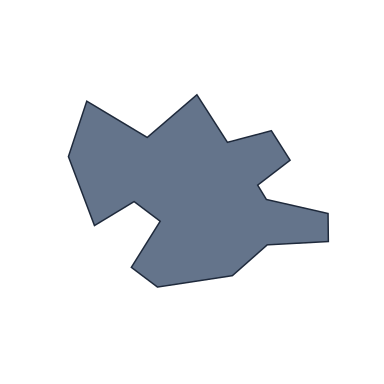 map outline of Bucharest (Natural Earth projection), rotated 307°
{"feature_id": "ROU-128", "entity_name": "Bucharest", "entity_type": "City", "adm_level": 1, "iso_a3": "ROU", "parent_name": "Romania", "parent_adm1": "", "projection": "natural_earth1", "projection_center": [26.1, 44.46], "detail": "fine", "context": "isolated", "style": "filled", "palette": "slate", "viewbox_px": 384, "rotation_deg": 307, "n_neighbors": 0, "source": "natural_earth", "source_scale": "10m", "svg_char_len": 394}
<svg xmlns="http://www.w3.org/2000/svg" viewBox="0 0 384 384"><g transform="rotate(307 192 192)"><path d="M201.2,53.3L208.6,123.4L272.6,137.4L253.0,190.4L288.7,218.5L276.4,251.2L237.0,240.3L230.8,255.9L256.7,313.6L234.5,330.7L195.1,283.9L149.5,274.6L95.3,221.6L95.3,188.9L149.5,184.2L149.5,151.5L106.5,134.3L145.9,72.0L201.2,53.3Z" fill="#64748b" stroke="#1e293b" stroke-width="1.5"/></g></svg>